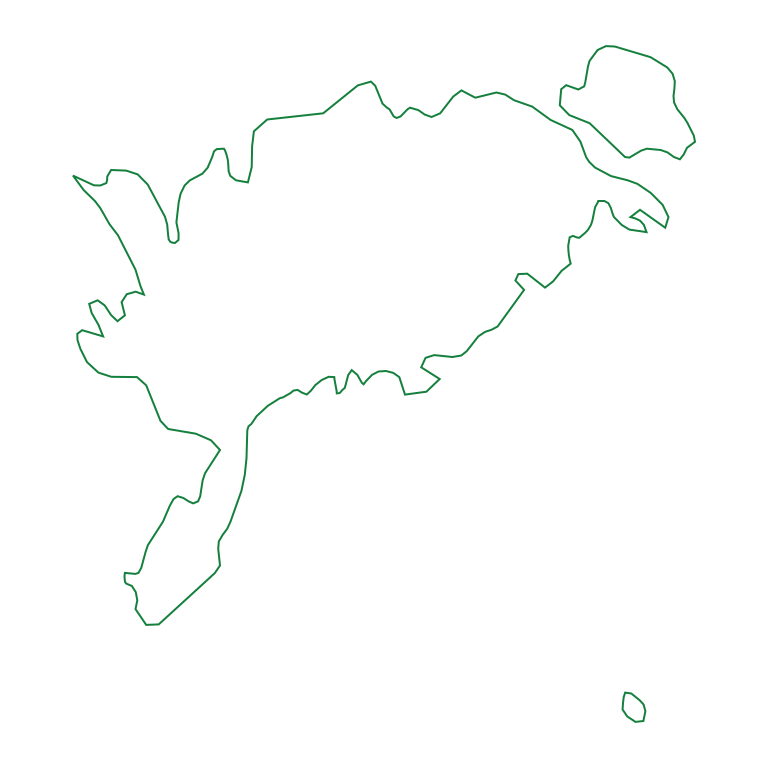 an SVG outline of Saare
{"feature_id": "EST-2352", "entity_name": "Saare", "entity_type": "Municipality", "adm_level": 1, "iso_a3": "EST", "parent_name": "Estonia", "parent_adm1": "", "projection": "mercator", "projection_center": [22.596, 58.233], "detail": "fine", "context": "isolated", "style": "outline", "palette": "green", "viewbox_px": 768, "rotation_deg": 0, "n_neighbors": 0, "source": "natural_earth", "source_scale": "10m", "svg_char_len": 3487}
<svg xmlns="http://www.w3.org/2000/svg" viewBox="0 0 768 768"><path d="M627.7,180.3L637.5,183.9L650.7,192.9L662.6,204.8L668.5,217.1L665.2,227.7L640.0,209.8L630.5,217.1L635.5,218.5L640.1,220.7L643.9,224.9L646.5,232.1L629.4,229.6L621.8,225.0L614.0,217.1L612.5,213.5L610.9,208.1L608.4,203.2L604.4,201.0L598.3,201.0L597.7,202.6L595.3,206.7L594.6,209.5L592.4,220.5L591.0,224.8L588.0,229.8L585.3,232.7L579.3,237.8L576.7,237.4L573.0,235.9L569.7,237.3L568.2,245.8L568.4,250.4L568.9,255.2L569.7,259.8L570.7,263.6L561.6,270.8L553.1,281.4L545.0,287.6L527.3,273.7L518.3,274.1L515.4,280.5L524.1,289.9L497.6,326.5L491.4,329.8L485.0,331.9L478.3,336.4L466.8,351.1L461.3,355.5L452.4,357.0L434.2,355.1L425.6,357.8L421.2,367.3L439.7,379.0L426.4,391.7L405.0,394.6L399.3,377.1L393.3,372.9L386.0,371.0L378.5,371.5L372.1,374.8L366.0,381.1L363.6,384.3L361.8,382.7L357.3,374.8L351.7,370.1L348.2,375.1L344.8,387.9L342.0,390.3L340.7,392.0L339.5,393.1L336.8,393.4L336.6,390.8L334.5,379.5L334.3,377.1L328.7,376.8L321.7,380.0L315.3,385.1L311.0,390.6L306.8,394.5L302.1,392.7L297.6,389.9L293.4,390.6L290.5,393.1L282.9,397.4L279.8,398.2L267.8,405.8L256.6,416.2L251.4,423.9L248.5,426.4L247.3,430.2L246.5,458.2L244.8,474.7L241.4,491.0L230.4,521.9L227.2,528.8L222.7,534.8L218.8,541.5L218.2,548.7L220.0,565.5L214.8,573.1L158.7,624.4L146.2,624.9L135.5,609.1L137.3,600.4L135.8,592.2L131.9,586.0L126.3,583.6L125.2,582.4L124.7,579.5L124.5,576.0L124.9,572.9L135.4,573.9L138.5,572.9L141.3,567.7L145.6,551.9L147.9,545.1L162.9,521.8L169.7,506.0L173.5,499.1L177.6,496.2L183.4,498.0L188.5,501.3L193.2,503.4L198.1,501.3L200.2,496.3L202.6,480.6L205.0,473.3L220.0,450.0L211.0,440.3L195.8,433.7L168.2,429.0L160.5,420.9L146.2,385.3L137.0,377.1L111.3,376.8L98.4,372.6L87.0,362.1L80.5,349.1L77.5,340.2L77.3,333.8L82.2,330.2L103.1,336.4L98.5,324.9L91.7,313.1L89.2,303.9L97.6,300.3L104.7,305.4L111.1,315.1L117.5,321.2L124.9,315.3L121.6,302.1L126.8,294.2L135.7,291.7L143.9,294.6L140.4,285.9L135.5,269.7L118.0,235.3L109.5,224.2L100.2,207.9L94.9,201.0L83.7,190.1L73.0,175.6L93.9,185.3L100.3,185.5L106.3,183.1L107.1,180.4L107.3,176.4L111.1,170.0L126.2,170.6L137.7,174.4L147.7,184.5L165.0,216.8L167.2,224.6L168.1,234.9L168.7,239.4L170.3,241.8L172.5,242.7L174.9,243.0L178.5,240.0L178.6,233.4L176.4,222.3L178.7,202.3L180.6,193.7L184.6,185.5L189.8,180.4L202.5,173.6L207.7,167.6L212.2,157.0L214.0,151.4L216.7,149.1L223.9,148.7L225.0,150.4L226.4,154.3L227.6,158.9L228.1,162.4L228.7,171.5L230.3,175.9L236.0,180.3L247.9,182.4L251.7,167.2L252.1,146.3L253.9,131.3L267.2,119.5L323.2,113.3L357.8,85.4L370.9,81.6L375.2,85.7L382.5,103.6L387.0,107.7L389.5,109.3L393.7,116.4L396.6,118.0L400.6,116.4L407.6,109.2L410.1,107.7L418.3,110.1L424.8,114.6L431.6,117.0L440.2,113.3L453.2,96.6L461.4,90.4L475.3,97.7L496.4,92.5L505.3,94.6L514.0,100.2L532.2,106.6L550.7,120.0L572.4,130.0L580.4,141.6L586.2,157.3L589.2,161.9L595.1,167.6L611.1,176.1L627.7,180.3ZM687.6,123.2L693.8,135.6L695.0,141.8L687.0,147.8L683.7,154.5L679.9,159.3L673.9,157.0L667.5,152.4L660.7,150.0L646.8,148.7L641.2,150.6L629.4,157.6L625.0,157.0L589.6,123.2L569.3,115.1L559.8,105.3L561.2,89.2L566.2,85.2L578.3,89.5L584.2,86.3L585.3,82.2L588.0,66.4L589.6,60.8L597.6,50.0L606.0,46.1L614.7,46.5L650.6,57.2L667.3,67.5L672.6,73.8L674.8,81.2L674.4,88.7L673.5,96.0L674.1,102.5L677.3,109.2L684.6,118.3L687.6,123.2ZM639.6,700.2L643.6,704.5L645.4,711.2L643.4,721.0L635.5,721.9L627.3,716.5L622.6,709.6L623.0,703.2L623.7,697.1L625.2,692.6L631.3,693.5L639.6,700.2Z" fill="none" stroke="#15803d" stroke-width="2"/></svg>